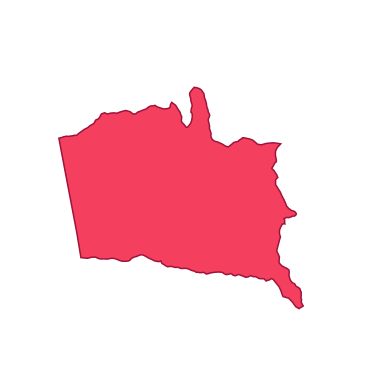 Pemathang, Samdrup Jongkhar, Bhutan, rotated 110°
{"feature_id": "84629894B34482076468426", "entity_name": "Pemathang", "entity_type": "district", "adm_level": 2, "iso_a3": "BTN", "parent_name": "Bhutan", "parent_adm1": "Samdrup Jongkhar", "projection": "robinson", "projection_center": [91.762, 26.895], "detail": "fine", "context": "isolated", "style": "filled", "palette": "rose", "viewbox_px": 384, "rotation_deg": 110, "n_neighbors": 0, "source": "geoboundaries", "source_scale": "gbopen_adm2", "svg_char_len": 4702}
<svg xmlns="http://www.w3.org/2000/svg" viewBox="0 0 384 384"><g transform="rotate(110 192 192)"><path d="M116.4,125.1L117.1,128.8L117.9,132.4L119.6,136.0L120.9,138.8L124.0,143.1L124.3,144.7L124.5,145.7L124.6,147.0L124.0,148.5L123.4,150.1L122.7,151.9L122.5,152.8L122.4,154.3L122.5,156.0L123.0,160.0L123.6,162.9L124.7,163.5L125.8,164.3L127.0,165.2L127.7,165.7L128.4,165.7L129.3,166.9L131.1,169.7L132.3,170.3L133.7,171.1L136.0,172.5L137.3,173.5L137.4,175.9L137.0,178.1L136.6,179.8L136.2,185.1L136.4,186.4L136.5,188.2L136.1,189.8L135.6,191.0L134.1,192.6L132.6,193.6L131.7,193.7L130.7,194.0L128.7,195.4L127.5,196.4L125.9,197.6L124.5,197.8L121.3,199.8L119.4,201.1L117.9,201.6L115.6,201.5L113.8,201.6L112.5,202.7L111.1,204.2L109.5,205.0L106.6,207.4L103.8,208.8L100.6,211.1L99.5,212.3L97.2,213.5L95.4,214.6L94.4,216.0L93.2,217.7L92.7,218.7L92.3,220.5L92.4,223.4L92.9,225.8L94.8,226.5L97.0,227.4L99.7,228.0L101.4,227.5L103.4,226.1L104.5,225.2L107.0,224.1L109.7,222.0L111.4,221.1L112.3,221.3L114.8,221.0L117.4,220.3L118.1,218.9L120.0,217.9L122.6,217.2L125.0,216.8L128.0,216.8L131.3,217.9L132.6,218.4L133.2,219.6L131.9,221.5L130.7,223.6L130.2,225.1L128.8,226.3L126.3,227.0L124.6,227.5L123.1,229.1L121.2,230.4L119.0,233.5L116.1,237.0L114.7,241.7L116.1,242.0L117.0,242.1L118.4,241.9L119.6,241.7L120.4,241.9L121.1,242.5L122.2,243.9L122.8,245.1L123.6,246.8L123.7,247.6L123.7,248.6L123.8,250.1L123.9,253.3L123.9,254.4L123.6,255.1L123.2,256.2L123.5,257.0L124.0,257.5L124.6,258.5L124.9,259.4L125.2,260.1L125.7,260.7L126.7,261.6L127.3,262.2L128.1,262.6L129.1,263.1L129.7,263.6L130.6,264.7L131.5,265.7L132.3,266.7L133.1,267.5L134.2,268.7L135.1,270.0L136.3,270.8L137.5,271.3L138.9,273.9L137.7,277.6L138.0,282.0L139.6,284.5L141.6,287.2L143.1,288.8L143.6,289.5L144.4,292.6L145.3,294.6L146.2,296.2L147.6,298.0L147.6,299.0L147.4,301.2L149.5,303.7L151.2,304.2L152.3,304.1L155.2,305.0L155.9,305.5L157.0,306.9L158.4,307.3L161.0,307.6L162.2,308.5L164.9,310.8L166.6,311.6L168.2,312.9L170.1,314.7L172.2,316.1L174.2,317.5L176.1,318.7L177.8,319.6L178.6,320.5L178.7,321.6L179.8,323.1L180.5,324.2L181.0,325.5L181.9,326.8L182.5,329.1L183.2,330.2L184.3,331.9L184.9,332.5L186.0,334.0L187.0,335.5L189.0,334.3L195.9,330.2L227.9,311.2L269.0,286.7L291.7,273.9L291.1,271.9L290.8,270.4L290.4,268.9L290.1,267.7L288.9,265.7L287.9,264.5L287.4,263.7L286.8,261.8L286.1,260.3L286.3,258.9L286.5,257.7L286.3,255.8L286.0,254.3L285.2,252.6L284.7,251.0L284.2,249.0L283.5,247.9L282.8,246.6L281.9,245.1L281.4,243.8L281.1,242.1L280.9,239.4L281.1,238.0L281.1,235.8L280.9,234.0L280.5,232.6L279.7,230.5L279.0,229.1L278.3,227.8L277.0,226.8L275.2,226.3L274.3,225.4L272.7,223.8L271.5,221.9L270.9,221.4L269.2,219.5L268.1,217.7L268.0,215.8L268.3,213.5L268.8,210.8L269.1,208.1L269.2,205.9L269.5,204.3L269.5,203.0L269.2,201.8L269.0,200.1L268.3,198.4L267.5,197.7L269.5,195.7L269.7,194.0L270.2,192.2L270.5,190.1L270.6,189.4L269.3,186.8L268.8,185.4L268.8,183.3L268.4,181.2L267.6,179.7L267.6,177.4L267.7,176.5L267.3,175.1L266.1,172.5L265.5,169.9L265.6,168.0L265.8,166.1L265.8,164.6L265.5,162.3L265.9,161.3L266.0,160.3L265.4,159.1L265.2,157.3L264.7,155.8L263.9,154.4L263.5,153.3L263.6,152.6L264.0,151.6L264.1,150.3L263.6,149.4L261.4,146.4L259.7,143.3L258.3,140.2L257.2,136.6L257.4,135.1L257.8,133.7L257.9,132.5L257.8,131.1L257.1,130.1L256.6,129.2L255.3,127.4L255.5,126.4L256.0,125.5L256.0,124.6L256.1,123.4L255.6,122.2L254.6,121.1L253.7,120.3L253.6,119.4L253.6,115.1L253.8,112.6L253.3,111.4L252.5,110.1L251.1,108.9L250.5,108.1L250.6,107.0L250.7,105.9L250.4,105.0L249.9,103.4L249.9,101.6L250.4,99.7L250.2,98.5L248.9,94.5L250.3,92.0L248.0,89.1L246.2,87.7L246.4,85.8L251.2,77.9L253.9,75.1L256.8,72.8L259.1,70.7L258.9,66.7L258.7,65.1L259.1,64.1L261.3,59.6L263.2,57.0L264.4,54.9L265.0,51.5L262.5,49.7L261.1,48.5L258.4,51.5L255.2,52.4L253.9,53.7L252.3,53.7L251.5,54.2L248.9,55.0L247.6,56.3L245.9,57.6L245.3,59.6L245.0,62.0L243.1,64.2L243.0,66.5L241.6,68.9L240.6,70.0L237.3,72.3L233.4,73.5L232.0,74.4L231.2,77.2L231.2,78.5L230.7,82.0L229.8,84.1L228.6,86.1L223.0,87.7L220.7,89.9L218.5,92.2L216.4,92.5L211.9,92.9L207.0,93.4L203.9,93.5L202.8,94.5L200.5,95.9L197.7,96.7L194.8,96.7L191.4,96.1L190.5,95.1L190.3,93.8L188.6,94.6L186.9,95.2L185.4,96.4L184.8,95.5L183.7,94.7L183.4,93.9L183.2,92.6L182.6,91.8L181.9,90.8L180.8,89.7L179.9,88.6L179.6,87.4L178.3,86.7L177.3,86.3L176.1,87.2L175.2,88.9L175.3,92.6L174.7,94.0L174.6,95.2L172.7,98.5L170.9,99.9L169.2,101.6L167.7,103.0L164.9,106.2L161.8,109.1L159.8,111.7L156.4,116.0L151.9,117.6L150.3,117.1L149.1,116.3L146.8,118.3L145.0,120.8L143.7,122.4L142.9,124.5L142.4,125.1L140.0,124.6L136.1,124.0L135.1,123.2L133.5,123.4L129.6,125.8L128.0,126.6L124.7,127.5L120.9,127.0L116.4,125.1Z" fill="#f43f5e" stroke="#9f1239" stroke-width="1.5"/></g></svg>